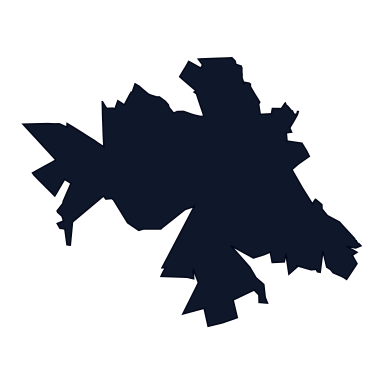 Cuatro Ciénegas, Coahuila, Mexico (Mercator projection)
{"feature_id": "50627088B85021541458724", "entity_name": "Cuatro Ciénegas", "entity_type": "district", "adm_level": 2, "iso_a3": "MEX", "parent_name": "Mexico", "parent_adm1": "Coahuila", "projection": "mercator", "projection_center": [-102.307, 26.665], "detail": "fine", "context": "isolated", "style": "filled", "palette": "ink", "viewbox_px": 384, "rotation_deg": 0, "n_neighbors": 0, "source": "geoboundaries", "source_scale": "gbopen_adm2", "svg_char_len": 3657}
<svg xmlns="http://www.w3.org/2000/svg" viewBox="0 0 384 384"><path d="M309.3,156.3L306.4,150.5L301.9,143.2L285.9,140.9L287.0,140.8L286.3,132.8L291.6,132.1L289.5,127.5L290.0,127.5L291.9,124.3L295.0,119.0L297.4,114.7L297.8,113.3L298.3,111.6L297.5,111.5L296.7,114.3L294.2,114.4L293.1,112.5L292.9,112.1L292.5,111.0L290.8,110.3L290.5,109.5L289.6,108.6L289.0,107.7L287.5,106.1L286.1,105.0L285.3,103.0L284.9,103.3L281.4,108.6L272.4,108.5L271.8,111.7L271.5,113.8L263.5,114.2L260.2,114.4L258.6,103.9L259.6,102.6L259.7,102.1L257.4,98.3L255.0,94.5L250.4,86.7L250.4,84.1L249.3,83.2L244.6,82.3L243.8,83.5L243.6,82.5L242.0,77.7L242.1,74.6L241.8,71.9L241.9,68.1L241.2,66.1L236.0,64.4L235.8,64.0L235.1,61.0L231.9,57.7L229.6,57.9L221.0,58.2L212.2,58.5L201.4,58.9L198.3,59.1L201.4,63.2L201.9,64.0L202.6,64.9L200.8,68.1L194.7,64.7L194.4,64.6L194.0,64.3L188.7,61.4L187.3,64.0L185.7,66.8L183.2,70.8L179.7,76.7L181.8,78.6L186.1,82.3L190.9,86.4L191.0,86.5L195.2,90.1L195.5,90.7L195.6,91.2L194.1,92.1L196.5,93.8L198.3,99.4L200.2,105.1L201.5,108.9L202.8,112.7L203.7,115.7L202.6,116.5L201.5,116.4L200.3,116.4L195.0,115.2L191.8,114.3L183.6,111.4L177.3,111.5L173.6,113.1L169.0,107.4L168.3,104.8L165.3,101.3L159.3,96.9L156.8,97.0L151.4,95.3L151.2,95.3L148.4,94.1L142.5,89.2L139.4,86.4L135.1,83.8L132.3,92.1L131.1,92.2L130.7,93.1L129.8,94.4L124.3,104.9L122.2,103.5L117.9,100.7L114.8,109.1L114.6,109.0L113.9,108.6L113.1,108.2L112.8,108.2L112.2,108.1L111.7,108.2L107.5,108.4L107.2,108.4L106.6,108.0L106.1,107.6L105.9,107.4L102.2,101.2L102.3,103.6L102.5,110.9L102.7,119.0L102.9,122.9L103.1,130.1L103.4,137.7L103.9,146.8L97.7,142.9L94.9,140.8L89.3,137.3L86.2,135.4L83.2,133.4L79.8,131.3L72.8,126.9L67.1,123.5L66.9,127.1L64.6,126.2L59.4,123.8L54.3,123.9L47.7,123.6L46.6,123.6L43.6,123.7L35.0,123.9L23.0,124.2L34.5,136.7L35.9,138.1L37.2,139.6L41.9,144.7L45.0,148.1L48.8,152.2L55.9,160.0L48.7,164.0L44.2,166.4L40.5,168.5L39.9,168.8L35.6,171.2L33.8,172.2L32.5,172.9L33.0,173.6L33.2,173.9L34.0,175.1L34.4,175.5L35.3,176.4L38.4,179.6L54.8,196.0L64.6,179.3L71.0,183.3L63.2,201.3L62.9,203.4L57.4,210.5L57.1,210.8L57.6,212.2L62.0,216.2L63.5,221.0L57.2,223.5L59.9,228.2L60.0,228.3L64.8,228.9L65.4,232.9L67.0,244.8L70.3,245.2L72.5,222.0L103.5,196.0L105.9,199.1L111.7,198.5L113.4,199.7L122.1,213.8L127.6,222.8L133.0,226.5L138.8,230.4L143.3,229.0L158.6,229.0L160.9,229.0L161.3,228.4L185.1,209.5L190.0,207.9L194.2,206.5L167.5,257.4L162.0,267.8L165.6,267.9L163.3,271.5L162.1,274.0L161.0,276.4L161.8,276.4L174.0,276.8L179.6,277.0L183.5,277.1L187.4,277.3L193.7,278.8L193.7,277.8L193.6,277.4L193.2,268.9L198.4,282.7L196.2,287.2L182.8,314.0L200.5,309.2L202.9,308.6L204.1,308.3L208.1,326.3L216.3,324.3L222.5,322.8L237.3,317.6L233.9,303.3L233.1,300.0L254.1,290.0L258.9,294.9L259.1,302.4L267.5,303.1L265.2,297.3L263.8,284.5L262.1,283.0L260.9,281.9L260.5,281.5L260.2,281.4L256.0,277.7L249.7,267.0L248.5,265.7L247.3,264.3L230.8,245.6L253.4,258.0L263.7,254.8L270.3,252.1L272.2,262.5L284.3,261.9L285.9,253.7L288.9,274.2L297.4,266.7L297.2,265.8L306.2,268.4L311.2,269.8L316.1,269.3L317.5,271.8L320.2,272.3L322.9,250.9L326.7,267.1L330.4,269.4L332.3,271.7L333.2,272.8L336.4,274.1L337.0,274.4L342.2,276.6L342.5,276.9L343.2,277.3L343.4,277.3L346.6,279.4L357.0,263.7L352.3,255.3L357.0,252.3L352.8,249.9L346.1,246.3L355.8,248.0L356.9,247.5L361.0,245.8L358.7,243.5L358.2,243.4L357.5,243.4L356.4,241.0L356.3,240.7L355.8,240.5L355.1,240.0L354.7,238.7L349.7,233.2L347.0,230.3L341.4,224.2L340.4,223.0L339.4,222.0L327.4,215.6L325.2,212.9L322.0,209.0L321.9,204.6L316.3,199.9L315.5,199.3L314.8,200.1L312.4,203.9L302.5,188.1L298.6,181.3L291.9,169.6L298.5,163.9L309.3,156.3Z" fill="#0f172a" stroke="#020617" stroke-width="1.5"/></svg>